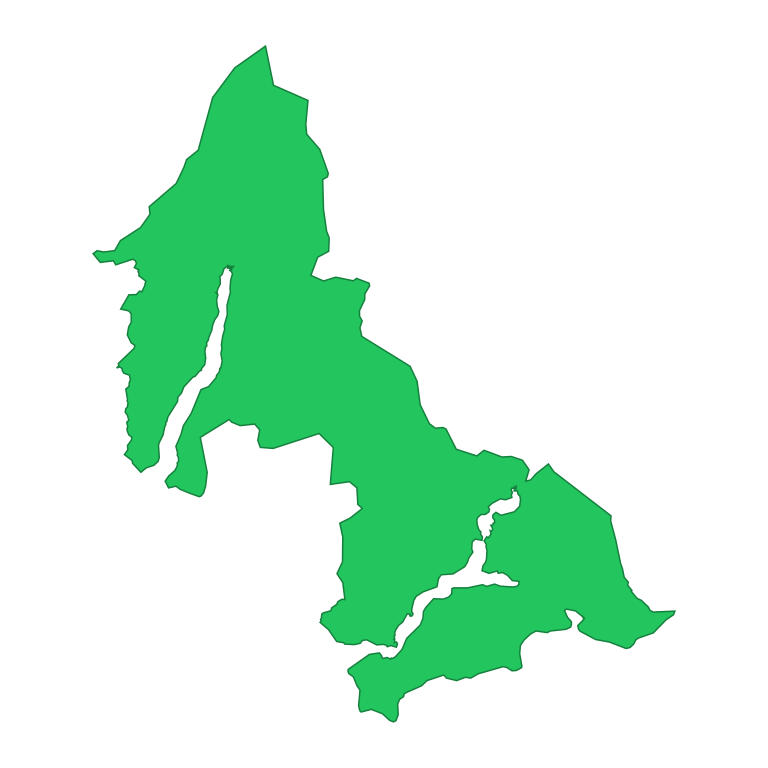 outline of Sogndal nor, Sogn og Fjordane, Norway
{"feature_id": "86288312B91120351294699", "entity_name": "Sogndal nor", "entity_type": "district", "adm_level": 2, "iso_a3": "NOR", "parent_name": "Norway", "parent_adm1": "Sogn og Fjordane", "projection": "mercator", "projection_center": [6.969, 61.338], "detail": "fine", "context": "isolated", "style": "filled", "palette": "green", "viewbox_px": 768, "rotation_deg": 0, "n_neighbors": 0, "source": "geoboundaries", "source_scale": "gbopen_adm2", "svg_char_len": 6114}
<svg xmlns="http://www.w3.org/2000/svg" viewBox="0 0 768 768"><path d="M674.9,611.1L653.1,612.1L650.0,610.3L648.2,606.9L641.3,600.3L637.2,598.5L631.2,591.3L631.9,590.5L627.6,585.1L628.3,582.2L624.2,577.4L622.4,568.5L620.7,563.9L615.7,539.9L610.7,521.0L611.0,515.8L553.9,471.8L548.4,464.0L536.2,473.7L530.6,480.0L525.7,481.1L529.1,469.8L522.5,460.3L511.3,456.5L502.0,457.0L484.0,450.3L476.9,455.9L456.3,449.3L446.0,429.0L442.9,427.5L435.4,428.2L429.4,423.7L420.2,404.8L417.1,381.3L410.1,366.3L361.8,336.4L359.9,327.8L362.2,321.0L359.6,316.3L359.5,310.5L364.7,299.7L364.8,294.0L369.6,285.9L369.1,283.2L356.5,278.4L353.4,280.8L335.7,277.2L323.6,281.0L310.9,275.4L317.7,257.2L328.7,251.3L329.2,237.9L326.6,231.3L323.5,209.4L322.7,179.5L327.4,176.9L328.3,173.5L319.8,149.5L306.7,134.2L305.8,124.4L308.0,100.5L273.5,85.3L265.5,46.1L234.8,67.8L212.7,97.5L198.2,150.2L186.6,159.6L183.9,167.3L176.2,183.5L149.2,206.7L150.0,214.2L140.6,227.5L120.4,240.6L114.7,250.6L103.8,252.0L97.1,250.7L93.1,253.7L100.3,262.4L113.4,260.8L115.8,264.8L132.9,259.2L135.3,260.7L136.5,263.4L134.3,267.6L138.8,269.8L138.0,271.2L139.1,273.9L138.8,275.7L145.8,281.1L144.5,286.3L141.8,291.8L139.6,291.1L136.3,294.6L128.9,294.8L120.7,309.1L128.8,310.9L131.2,313.9L131.2,322.4L128.7,326.8L127.3,334.9L131.2,342.8L134.9,345.4L134.1,348.4L118.3,363.5L118.8,365.8L116.6,368.0L119.6,367.0L122.2,368.5L122.2,370.3L123.8,373.2L129.4,375.1L130.4,379.8L129.3,382.4L129.0,386.4L125.8,389.1L127.5,399.5L127.1,400.7L128.0,402.9L127.3,407.3L125.9,408.4L125.2,412.2L127.4,415.1L128.8,420.2L126.7,422.3L127.8,427.0L126.9,428.7L127.4,431.4L128.8,434.8L131.8,437.3L131.4,440.1L127.5,445.5L127.8,449.8L124.4,454.6L132.1,460.5L132.6,463.3L140.9,472.3L146.5,467.7L153.9,465.3L158.0,461.5L159.3,457.7L158.5,445.6L159.0,443.1L163.0,435.1L164.7,426.9L165.8,424.8L165.7,422.7L166.9,421.3L167.9,416.9L177.5,401.5L177.9,397.2L181.4,393.1L184.0,386.7L192.8,377.2L195.2,376.3L199.7,370.9L201.4,370.4L201.5,368.5L204.7,364.8L205.7,358.2L204.9,351.7L205.5,347.2L206.8,346.0L206.6,342.5L208.3,340.3L208.6,337.9L211.7,330.4L212.7,325.0L214.8,319.6L217.5,316.0L218.9,311.6L217.3,306.7L216.6,299.8L217.9,294.8L216.3,293.0L217.3,293.3L217.0,291.9L218.0,288.4L220.3,283.9L220.0,276.3L222.2,274.3L224.1,268.5L227.9,265.9L227.5,264.7L228.0,265.8L227.6,266.3L228.4,266.0L226.9,266.8L228.2,267.0L227.7,268.4L229.9,265.4L229.1,266.9L229.9,266.9L230.0,266.3L230.8,266.1L229.8,267.0L228.6,267.2L228.1,268.0L230.0,267.2L228.8,268.8L231.6,266.5L232.2,266.7L229.8,268.6L230.3,269.6L229.3,271.1L232.5,266.9L234.2,265.8L232.3,267.7L229.7,271.1L231.4,269.2L231.7,270.4L231.0,271.1L232.5,273.8L230.7,279.9L230.0,288.4L230.4,292.1L227.0,305.3L227.3,314.5L224.2,325.9L224.7,329.2L222.7,336.2L221.4,344.8L221.9,348.6L220.9,353.6L222.2,361.1L220.8,367.9L219.9,368.2L219.2,372.1L216.6,375.3L216.1,377.7L208.6,386.6L201.0,389.6L191.2,413.4L183.5,425.5L180.8,435.0L175.9,446.3L177.6,453.1L177.2,455.0L178.5,457.7L178.5,461.7L177.2,462.8L177.4,465.7L174.9,470.5L168.8,475.9L165.2,481.1L168.6,487.9L176.0,486.2L180.3,489.4L190.9,493.7L199.3,496.7L201.2,495.9L203.6,492.8L205.6,486.2L207.2,472.4L200.3,437.4L229.2,419.5L231.6,422.1L240.2,425.6L254.8,424.1L259.7,429.9L257.8,440.3L260.3,447.4L273.2,448.4L319.1,433.5L333.3,447.5L330.3,484.4L349.5,481.7L356.9,487.8L357.8,504.4L362.3,508.5L350.1,518.1L339.8,523.2L342.8,537.1L342.5,561.8L337.0,573.7L342.8,582.6L344.9,599.6L342.0,599.2L337.9,601.6L336.7,604.4L331.7,607.8L330.9,610.7L323.0,613.0L321.8,614.2L321.4,618.2L320.6,619.4L321.0,620.8L320.1,622.4L328.5,629.6L336.7,641.5L343.6,642.7L344.8,644.1L354.3,644.6L360.2,643.3L362.3,640.5L366.7,639.8L376.8,644.9L383.1,644.4L386.0,645.0L387.3,646.7L390.8,645.5L396.3,647.2L397.4,644.4L397.1,643.0L396.5,642.0L394.3,642.8L394.8,639.8L393.9,639.3L394.7,638.1L394.2,636.4L395.1,635.0L394.6,633.7L395.5,630.3L398.5,625.5L402.7,622.0L407.3,613.8L409.7,614.0L408.5,614.2L410.1,614.3L409.8,615.8L411.3,616.3L412.7,615.0L413.0,613.7L411.6,611.4L411.9,608.6L413.8,600.4L416.3,596.2L423.2,591.8L437.0,586.8L438.4,579.1L441.0,574.8L453.1,573.9L464.6,566.8L467.4,562.3L468.9,557.8L472.9,552.1L471.7,548.8L472.2,542.0L475.1,539.1L482.0,540.3L482.4,536.8L480.6,534.3L480.9,532.0L478.9,529.8L477.2,524.6L476.8,520.3L477.4,517.8L481.0,514.5L485.3,514.4L488.9,511.9L489.5,509.4L488.3,506.8L492.1,503.3L500.5,498.8L505.4,499.8L511.9,497.5L511.4,495.1L512.3,492.7L511.2,489.7L512.1,487.9L514.0,488.9L514.2,487.3L514.7,488.3L516.1,486.3L516.3,488.1L514.2,490.9L517.3,491.0L518.1,494.4L519.8,495.9L520.5,499.3L519.7,506.3L514.3,511.8L501.0,515.3L495.9,512.3L492.8,515.1L492.8,517.6L494.4,520.0L494.7,522.6L493.2,523.3L492.7,525.0L490.8,525.3L492.2,527.4L492.6,529.9L491.3,531.3L490.2,530.6L491.0,534.1L488.4,537.7L486.8,536.8L484.1,540.8L486.3,544.4L486.0,546.5L487.0,550.8L486.5,559.0L485.4,562.5L483.1,565.5L482.0,570.7L489.1,573.4L497.2,571.0L498.2,573.3L502.5,572.5L507.5,575.3L512.3,580.6L518.7,581.3L519.0,584.2L517.0,586.3L512.7,587.0L500.5,586.2L494.6,584.1L486.6,586.4L482.6,584.7L467.5,587.9L453.3,587.9L451.9,588.7L451.8,593.6L448.8,597.0L443.4,599.1L433.6,598.7L425.8,607.5L423.4,611.6L423.0,618.2L420.2,625.1L406.7,638.4L402.1,649.4L395.2,657.0L392.2,658.5L390.9,657.7L391.7,658.6L390.5,659.0L387.0,657.5L383.3,658.4L381.9,657.5L381.6,655.7L379.3,652.9L369.4,654.4L348.3,669.3L347.9,670.9L348.7,673.5L353.4,676.9L357.0,685.7L360.0,690.2L358.6,705.8L359.8,710.7L361.1,712.0L371.3,709.4L382.4,713.7L389.7,720.4L393.5,721.9L396.0,720.6L398.2,714.8L397.7,703.8L399.7,699.3L403.6,696.6L403.8,694.6L405.5,692.9L421.7,685.7L427.0,680.6L443.8,675.0L446.5,678.1L456.7,680.6L465.4,677.3L470.7,678.1L478.2,673.8L502.9,666.7L506.5,667.3L512.0,670.8L516.3,670.5L521.5,667.7L521.9,666.3L519.7,653.7L520.4,645.5L524.0,640.1L530.3,634.2L535.9,631.0L547.2,632.6L550.3,631.0L566.1,629.3L570.7,627.0L571.5,624.2L571.3,621.6L567.4,617.2L564.5,610.5L566.3,609.1L575.5,610.9L584.0,617.7L583.2,617.9L583.9,619.3L577.7,625.6L578.7,629.5L580.1,631.2L595.6,639.5L609.3,642.0L626.1,648.5L630.1,647.5L633.6,644.1L635.9,639.8L638.6,638.0L653.3,632.9L666.3,619.6L673.5,614.8L674.9,611.1Z" fill="#22c55e" stroke="#15803d" stroke-width="1.5"/></svg>